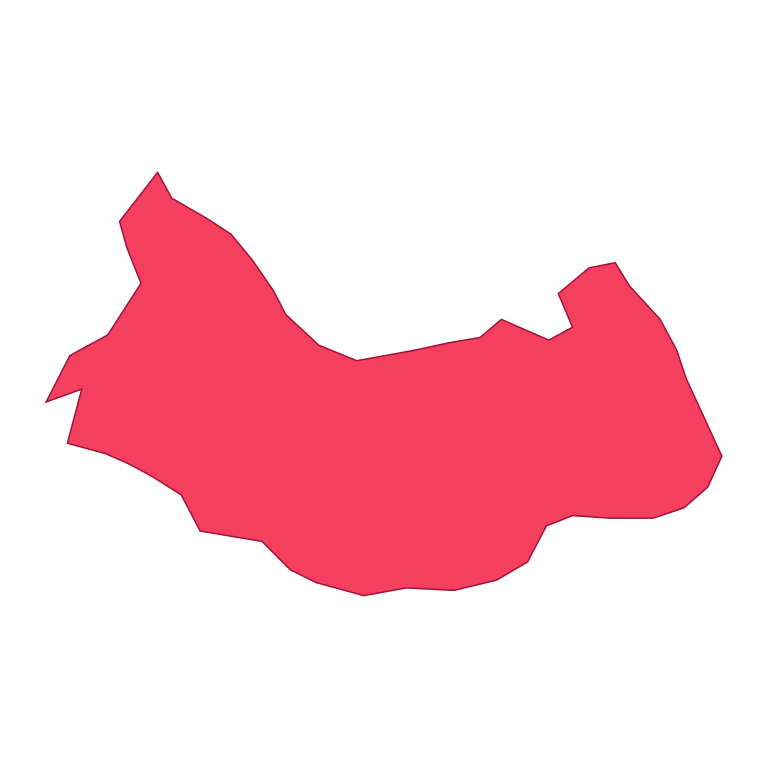 the district of Kokkinotrimithia, Nicosia, Cyprus
{"feature_id": "46923920B32049990820743", "entity_name": "Kokkinotrimithia", "entity_type": "district", "adm_level": 2, "iso_a3": "CYP", "parent_name": "Cyprus", "parent_adm1": "Nicosia", "projection": "equal_earth", "projection_center": [33.202, 35.161], "detail": "fine", "context": "isolated", "style": "filled", "palette": "rose", "viewbox_px": 768, "rotation_deg": 0, "n_neighbors": 0, "source": "geoboundaries", "source_scale": "gbopen_adm2", "svg_char_len": 764}
<svg xmlns="http://www.w3.org/2000/svg" viewBox="0 0 768 768"><path d="M615.2,262.7L589.1,267.8L558.3,293.6L572.5,327.2L548.8,340.1L525.1,329.8L501.4,319.4L480.0,337.5L449.2,342.7L413.6,350.4L356.7,360.7L318.8,345.2L285.6,314.3L273.7,291.1L252.4,260.1L231.1,234.3L207.4,218.8L171.8,198.2L157.6,172.4L119.6,221.4L126.7,247.2L141.0,283.3L107.7,334.9L69.8,355.6L46.1,402.0L81.7,389.1L67.4,443.3L105.4,453.6L129.1,464.0L152.8,476.9L181.2,494.9L200.2,531.1L261.9,541.4L290.3,569.8L316.4,582.7L363.8,595.6L406.5,587.9L454.0,590.4L496.6,580.1L527.5,562.0L546.4,525.9L572.5,515.6L610.5,518.2L653.2,518.2L684.0,507.8L707.7,487.2L721.9,456.2L705.3,420.1L686.3,378.8L676.8,350.4L660.2,319.4L629.4,285.9L615.2,262.7Z" fill="#f43f5e" stroke="#9f1239" stroke-width="1.5"/></svg>